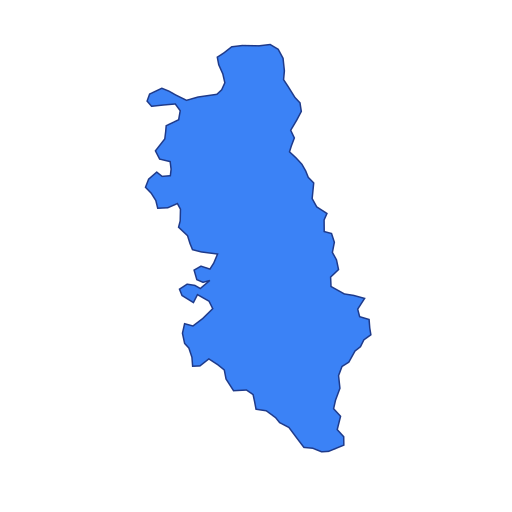 outline of Barra do Jacaré, Paraná, Brazil, rotated 74°
{"feature_id": "56859067B98278959949499", "entity_name": "Barra do Jacaré", "entity_type": "district", "adm_level": 2, "iso_a3": "BRA", "parent_name": "Brazil", "parent_adm1": "Paraná", "projection": "albers", "projection_center": [-50.163, -23.108], "detail": "fine", "context": "isolated", "style": "filled", "palette": "blue", "viewbox_px": 512, "rotation_deg": 74, "n_neighbors": 0, "source": "geoboundaries", "source_scale": "gbopen_adm2", "svg_char_len": 1871}
<svg xmlns="http://www.w3.org/2000/svg" viewBox="0 0 512 512"><g transform="rotate(74 256 256)"><path d="M54.2,238.4L61.9,239.1L71.8,237.7L80.9,238.2L86.8,243.2L89.8,249.0L87.2,268.0L87.2,279.9L79.0,288.9L73.5,294.3L68.8,300.3L71.0,313.6L77.1,318.0L83.3,315.1L85.3,303.5L87.6,291.7L95.5,288.8L103.7,292.8L106.0,306.4L111.7,308.6L118.3,311.4L127.2,323.7L136.3,321.9L141.6,312.5L149.2,313.7L155.2,316.2L153.6,324.3L148.0,328.3L152.5,338.0L159.5,343.3L166.8,339.4L175.0,337.0L183.0,337.3L185.3,327.5L183.9,317.1L190.2,315.7L201.4,319.2L207.0,322.5L217.6,316.2L225.8,316.0L232.4,315.3L237.0,307.5L243.5,292.4L251.1,298.5L255.9,303.9L250.6,311.7L252.5,319.4L262.4,319.4L266.7,314.2L266.8,307.1L271.9,318.5L267.4,322.9L264.1,330.0L266.8,338.7L273.6,338.0L283.5,329.0L277.0,322.9L286.5,313.6L294.7,312.1L301.4,324.4L305.9,335.9L301.4,343.3L310.0,348.0L320.4,348.7L326.0,345.9L335.7,345.5L344.5,347.3L346.2,340.2L341.9,329.7L350.1,322.6L356.8,317.9L366.0,318.7L379.3,314.7L382.2,302.1L388.4,297.0L395.7,297.5L403.3,298.2L407.6,288.8L416.8,281.7L422.7,279.2L429.9,271.6L442.1,267.0L453.2,262.7L456.4,254.5L462.3,246.9L463.8,240.1L462.0,223.7L453.9,221.5L445.3,225.8L433.4,218.9L424.2,223.5L416.5,219.3L406.3,211.8L393.7,209.6L385.9,203.8L383.6,196.0L374.6,187.0L372.0,180.6L366.3,175.4L363.4,167.3L356.6,166.5L348.2,164.8L342.9,173.1L335.1,172.9L326.7,163.3L320.8,173.0L316.8,181.6L306.0,192.3L296.8,190.1L291.8,180.4L281.9,179.7L273.6,181.6L264.4,176.9L255.2,177.2L251.3,183.7L240.1,180.6L234.7,176.1L225.5,184.1L216.3,186.2L210.0,183.7L201.7,180.4L194.8,184.1L187.9,184.8L180.5,186.6L172.7,190.5L165.1,195.1L159.8,191.6L153.1,186.6L144.7,188.0L136.7,179.5L129.5,172.6L120.9,171.5L114.3,174.9L102.0,178.4L94.1,180.9L85.9,177.7L73.4,175.5L63.4,177.7L56.6,184.1L54.8,195.2L49.9,211.1L48.2,221.7L52.0,231.1L54.2,238.4Z" fill="#3b82f6" stroke="#1e3a8a" stroke-width="1.5"/></g></svg>